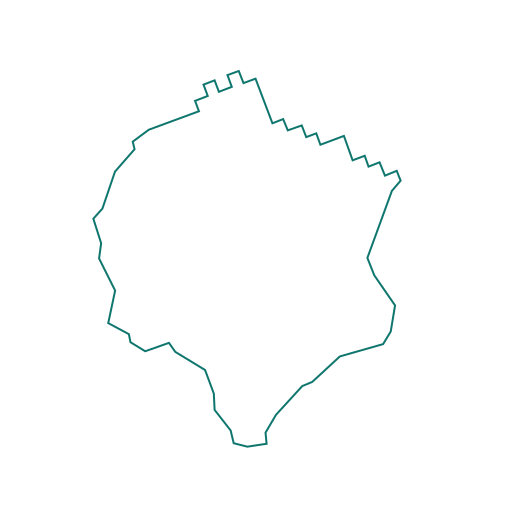 the district of Pierce, Georgia, United States of America, rotated 69°
{"feature_id": "52423323B19551708928957", "entity_name": "Pierce", "entity_type": "district", "adm_level": 2, "iso_a3": "USA", "parent_name": "United States of America", "parent_adm1": "Georgia", "projection": "orthographic", "projection_center": [-82.235, 31.366], "detail": "fine", "context": "isolated", "style": "outline", "palette": "teal", "viewbox_px": 512, "rotation_deg": 69, "n_neighbors": 0, "source": "geoboundaries", "source_scale": "gbopen_adm2", "svg_char_len": 872}
<svg xmlns="http://www.w3.org/2000/svg" viewBox="0 0 512 512"><g transform="rotate(69 256 256)"><path d="M188.6,396.0L202.1,403.4L237.8,399.9L265.7,418.0L283.4,402.7L291.5,404.1L305.2,393.6L305.9,368.4L316.6,365.7L344.2,344.4L369.4,344.7L384.8,349.8L409.8,342.2L422.8,343.9L430.9,332.4L435.1,313.4L424.3,310.4L411.4,294.2L394.0,259.4L393.7,248.6L379.8,213.7L383.8,168.9L374.8,157.3L352.0,143.9L316.4,152.5L297.7,152.7L243.9,105.8L237.5,94.0L226.9,94.1L227.2,106.8L212.8,107.1L212.9,118.9L201.4,118.6L201.3,131.5L175.4,130.9L175.2,156.0L163.1,155.8L163.0,166.5L150.5,166.5L150.1,181.3L137.9,181.6L138.0,193.1L90.3,192.9L90.1,205.7L77.1,205.8L76.9,217.8L89.4,218.0L89.4,231.8L77.2,231.7L77.2,243.6L89.3,243.7L89.3,257.3L100.4,257.4L99.7,310.8L105.1,330.1L112.8,331.1L126.7,357.4L156.7,382.4L162.9,394.5L188.6,396.0Z" fill="none" stroke="#0f766e" stroke-width="2"/></g></svg>